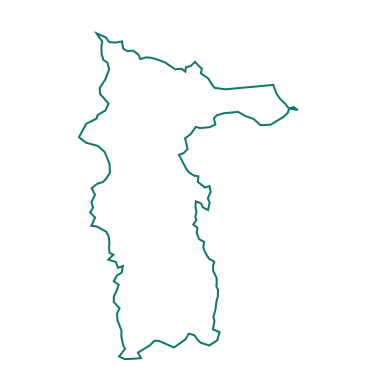 Itapuca, Rio Grande do Sul, Brazil (Natural Earth projection), rotated 87°
{"feature_id": "56859067B54250017496252", "entity_name": "Itapuca", "entity_type": "district", "adm_level": 2, "iso_a3": "BRA", "parent_name": "Brazil", "parent_adm1": "Rio Grande do Sul", "projection": "natural_earth1", "projection_center": [-52.198, -28.755], "detail": "fine", "context": "isolated", "style": "outline", "palette": "teal", "viewbox_px": 384, "rotation_deg": 87, "n_neighbors": 0, "source": "geoboundaries", "source_scale": "gbopen_adm2", "svg_char_len": 2122}
<svg xmlns="http://www.w3.org/2000/svg" viewBox="0 0 384 384"><g transform="rotate(87 192 192)"><path d="M352.5,273.4L355.4,267.9L355.4,256.7L355.2,251.6L349.5,254.4L343.0,242.2L338.6,237.4L338.9,233.0L346.3,218.1L338.9,206.3L333.3,202.6L335.1,197.2L339.9,194.2L343.0,191.2L346.2,182.8L341.5,174.6L333.4,171.8L330.3,178.3L321.9,176.3L318.3,177.2L310.0,174.6L302.4,173.3L297.7,171.6L290.9,171.2L287.6,172.6L283.8,172.1L279.2,171.9L272.1,174.9L267.1,174.9L262.7,173.4L259.4,178.6L252.9,182.1L247.8,183.7L242.4,182.5L239.5,187.4L232.3,189.5L228.2,188.4L224.6,192.4L220.2,189.1L216.7,190.0L212.5,188.6L206.5,189.3L201.6,188.6L203.9,183.5L207.9,182.0L210.9,177.0L203.5,174.9L199.1,176.5L192.8,173.3L187.0,174.3L188.2,178.9L182.2,185.6L176.7,184.8L175.7,189.1L172.3,194.0L169.0,196.3L154.3,203.0L152.7,198.3L148.9,194.2L138.0,196.1L134.1,190.3L127.2,184.8L128.6,180.5L128.2,170.9L125.9,165.1L119.8,166.3L116.7,163.2L115.0,155.9L114.4,141.8L119.2,134.2L122.2,126.8L128.9,120.0L128.9,109.9L121.6,96.4L117.7,92.0L113.6,90.8L108.6,94.5L103.3,99.4L97.9,102.6L89.3,105.2L91.2,153.2L89.1,164.2L84.7,167.0L79.5,169.8L74.0,177.0L69.5,175.6L66.5,178.6L62.1,182.1L66.1,186.7L67.1,191.6L71.5,192.4L68.4,196.0L68.6,202.3L61.3,212.0L58.3,218.6L55.8,226.0L55.1,230.7L56.6,236.6L51.8,238.4L47.7,243.6L47.9,249.2L45.3,253.2L38.0,254.1L38.8,261.6L37.8,267.0L33.0,270.1L28.6,279.0L37.2,273.7L42.4,275.0L49.3,275.0L55.4,273.7L58.3,269.7L65.0,268.3L75.3,272.8L83.2,278.7L89.2,278.7L99.3,270.7L106.0,274.1L110.2,282.2L113.8,283.6L118.2,294.0L131.4,302.0L137.2,295.3L141.1,283.6L147.5,277.1L159.9,272.8L168.1,272.9L173.2,276.2L177.4,280.4L178.7,286.0L183.0,292.0L189.7,289.0L197.0,293.0L202.2,291.6L207.1,294.8L212.5,290.1L220.5,294.3L221.5,288.7L227.3,279.7L231.8,277.6L237.9,277.1L242.9,277.7L248.3,277.7L250.5,273.8L255.2,279.2L257.9,271.6L263.8,270.0L262.3,264.8L268.8,266.4L271.5,271.3L277.0,274.8L280.9,270.0L287.2,272.7L292.2,275.5L297.7,275.9L304.4,270.4L309.4,273.2L316.1,273.1L326.8,269.7L332.6,270.1L341.4,268.8L345.2,267.1L352.5,273.4ZM113.6,90.8L115.7,82.0L112.5,86.2L113.6,90.8Z" fill="none" stroke="#0f766e" stroke-width="2"/></g></svg>